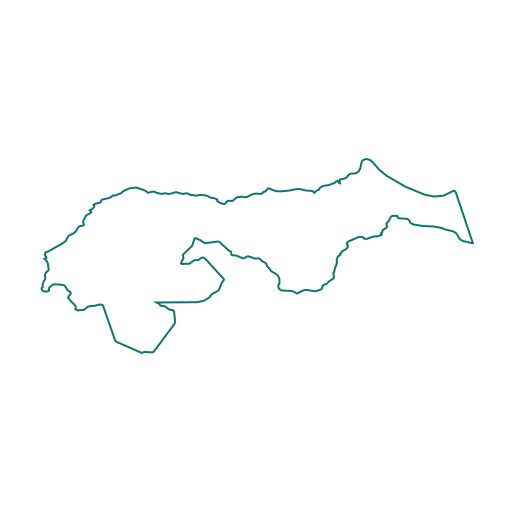 the border of Luapula, rotated 83°
{"feature_id": "ZMB-514", "entity_name": "Luapula", "entity_type": "Province", "adm_level": 1, "iso_a3": "ZMB", "parent_name": "Zambia", "parent_adm1": "", "projection": "equal_earth", "projection_center": [29.278, -10.414], "detail": "fine", "context": "isolated", "style": "outline", "palette": "teal", "viewbox_px": 512, "rotation_deg": 83, "n_neighbors": 0, "source": "natural_earth", "source_scale": "10m", "svg_char_len": 6136}
<svg xmlns="http://www.w3.org/2000/svg" viewBox="0 0 512 512"><g transform="rotate(83 256 256)"><path d="M191.5,163.9L190.5,163.4L190.1,162.0L190.0,158.8L189.6,157.6L189.1,156.5L187.2,154.6L186.2,153.4L185.8,151.8L186.1,148.3L185.9,146.3L184.3,143.6L181.5,141.7L177.7,140.6L174.3,138.9L173.0,135.0L174.6,131.0L177.9,128.1L185.1,123.5L192.5,116.3L205.6,99.0L215.7,81.1L218.7,71.9L219.0,62.5L215.7,53.0L215.4,51.0L217.4,49.9L269.7,39.2L269.1,41.5L266.7,47.7L265.6,49.9L264.5,51.3L263.4,52.2L261.0,53.0L258.0,54.5L257.3,55.0L256.2,56.5L255.2,58.2L253.0,64.3L252.2,66.2L251.3,67.3L250.8,68.1L248.3,76.3L246.6,86.6L244.0,95.5L243.6,96.5L242.2,98.4L241.5,98.9L239.1,99.8L238.1,100.6L237.6,101.4L235.8,110.0L235.6,110.4L235.2,110.6L233.8,110.7L233.6,111.0L233.0,113.5L232.9,115.7L233.3,116.9L233.7,117.4L234.8,118.3L237.0,119.7L237.7,120.2L239.5,122.3L240.2,122.7L240.9,122.7L242.0,122.2L242.5,122.2L243.4,122.8L243.8,123.1L244.7,124.8L245.3,126.2L245.8,127.0L246.2,127.3L247.5,127.7L247.8,128.0L248.6,129.2L248.9,129.3L250.3,128.7L250.6,129.1L250.7,129.8L250.8,131.0L251.3,132.6L251.4,133.3L251.0,136.5L251.1,137.6L252.5,144.0L252.2,145.7L251.8,146.7L251.4,147.0L250.6,147.4L250.3,147.7L250.1,148.2L249.8,151.4L249.8,152.1L250.2,154.0L250.9,155.7L252.5,161.8L253.3,163.2L254.6,164.4L255.0,164.4L256.6,163.6L258.0,163.8L258.8,164.2L260.2,165.9L261.5,169.3L262.0,170.0L262.9,170.7L263.8,171.9L265.0,172.2L265.4,172.6L266.2,174.4L266.6,175.0L267.1,175.2L268.0,175.5L269.5,176.4L269.9,176.5L271.2,176.2L274.6,177.3L275.4,177.7L276.8,178.7L279.3,179.8L281.2,180.2L282.1,181.2L282.4,181.4L283.8,181.2L285.7,181.4L286.6,181.2L287.4,181.4L287.9,182.1L289.0,184.4L289.9,186.2L290.9,187.7L291.9,188.6L292.4,190.1L292.7,191.8L293.0,192.7L293.4,193.2L295.9,194.3L296.2,194.5L296.8,195.2L297.2,196.1L298.1,199.9L298.3,200.8L297.8,203.2L295.8,210.1L295.7,211.5L296.0,213.3L297.3,217.4L298.1,219.2L298.2,219.6L298.2,220.1L296.1,222.7L295.2,224.6L294.9,225.7L293.6,233.6L293.3,234.7L292.9,235.5L291.6,236.8L290.5,237.5L289.6,237.6L288.0,237.4L286.4,236.4L285.1,235.9L281.5,235.6L279.3,236.1L277.7,237.0L277.1,237.6L275.9,238.9L273.4,242.2L272.8,242.8L270.6,244.1L267.7,246.0L265.2,246.8L264.2,247.4L263.5,248.1L262.1,250.3L259.0,252.9L258.8,253.3L258.6,254.1L258.4,257.5L258.1,258.5L257.8,259.1L257.2,259.7L255.5,263.5L255.4,265.0L255.9,266.2L256.8,267.9L256.9,268.4L256.5,269.7L253.3,275.3L252.8,276.9L252.4,279.4L252.0,280.0L251.6,280.3L249.5,280.1L249.0,280.2L248.5,280.5L248.0,281.6L247.1,282.5L237.6,290.6L237.1,291.2L237.0,292.0L237.1,304.4L237.0,305.1L236.7,305.6L233.2,309.8L231.7,312.3L230.9,314.1L231.0,314.6L231.6,315.1L237.6,317.9L238.4,318.5L245.5,327.9L245.8,328.2L246.7,328.5L248.9,328.2L249.3,328.3L253.5,331.1L254.3,331.2L254.7,331.0L255.0,329.9L255.1,327.1L255.5,324.5L255.5,323.1L253.4,319.2L253.1,318.5L252.8,317.4L252.7,316.3L252.9,314.2L252.8,313.5L251.3,310.5L250.9,308.8L251.8,307.5L253.0,306.3L274.8,290.9L275.4,290.7L275.9,290.8L277.5,292.4L280.1,294.3L283.9,296.1L285.4,297.3L285.8,297.8L286.2,298.5L288.3,304.1L288.8,304.9L290.8,306.7L291.8,307.9L294.1,313.2L294.3,315.0L294.6,320.6L290.0,360.5L290.5,359.9L291.3,358.1L293.6,356.9L294.0,356.3L294.1,355.2L294.4,354.0L294.8,352.8L295.3,351.9L298.0,349.4L298.9,347.9L299.3,345.6L299.9,344.7L300.4,344.4L301.5,344.1L311.3,344.3L312.6,344.7L313.9,345.6L338.4,369.0L338.9,370.0L339.0,370.5L339.0,371.3L338.9,371.8L338.5,372.7L338.4,374.9L337.8,377.2L337.7,378.5L337.7,379.1L338.3,380.5L338.3,381.2L324.7,404.1L323.6,405.4L322.3,406.2L288.9,413.4L288.5,413.6L286.4,413.9L285.6,415.1L285.1,416.7L285.3,418.6L285.8,422.0L285.5,426.8L285.8,428.6L286.4,430.1L288.0,432.3L288.5,433.7L288.5,434.9L288.1,437.7L288.5,438.7L288.3,439.5L287.7,440.5L287.2,441.1L287.2,440.9L283.8,441.3L282.1,442.1L279.4,444.6L275.3,447.1L274.0,447.5L273.1,446.9L271.7,445.0L270.7,444.5L269.6,444.5L268.9,444.9L267.8,446.3L266.2,447.6L262.8,449.1L261.6,450.3L261.1,451.6L260.1,455.8L259.8,458.3L259.5,459.2L259.4,460.1L259.7,460.9L262.1,464.9L263.3,465.5L264.5,465.6L265.4,466.2L265.8,468.1L265.5,470.1L264.8,471.6L263.6,472.6L262.1,472.8L261.5,472.5L260.9,471.6L260.4,471.3L258.3,471.3L256.2,470.3L252.9,467.9L252.3,467.8L249.2,467.7L248.3,467.5L247.5,467.1L246.5,466.0L245.1,463.9L244.3,463.4L237.9,463.5L236.0,464.2L234.4,465.1L233.0,466.3L232.2,464.2L230.9,464.5L229.6,465.4L228.4,465.3L227.6,464.7L227.0,464.7L226.7,464.4L226.3,462.0L219.9,446.4L217.9,443.1L213.2,439.6L212.5,438.4L212.1,436.4L211.3,434.4L210.2,432.6L209.2,431.5L206.5,429.5L205.4,428.3L204.9,426.8L204.7,423.8L204.0,423.0L201.2,423.5L199.6,422.9L195.7,420.1L194.7,419.1L193.3,415.1L192.2,414.1L190.4,415.5L190.1,414.5L189.2,412.4L188.1,411.1L187.4,410.5L186.6,410.4L185.5,411.1L184.7,409.5L184.0,404.3L183.1,403.2L181.8,402.7L181.2,401.4L180.4,394.1L180.1,393.0L179.0,391.6L178.5,390.6L178.7,390.2L178.8,389.1L177.4,382.8L177.0,381.8L175.8,380.3L175.2,379.2L174.3,376.0L173.9,375.2L173.5,373.6L173.4,367.9L173.6,366.0L177.6,358.1L177.9,357.7L180.1,355.5L179.5,351.6L179.8,349.3L180.6,347.7L181.3,346.6L182.8,342.5L182.7,339.0L182.8,337.8L183.6,335.9L183.8,334.9L183.8,333.6L182.9,327.9L183.0,326.9L184.1,324.8L185.1,322.2L185.4,321.1L185.5,320.0L185.3,317.8L185.4,316.7L185.9,315.7L187.3,313.8L187.8,311.6L188.5,309.5L188.7,308.3L188.7,303.6L189.1,301.1L189.8,298.6L190.8,296.4L192.2,294.5L192.7,293.5L193.3,291.2L194.5,288.6L194.8,288.0L195.3,287.7L196.3,287.8L196.8,287.7L197.9,286.5L199.1,284.8L200.1,282.9L200.5,280.7L200.1,280.0L198.3,278.2L197.8,277.1L198.4,273.6L198.4,272.4L196.4,269.5L195.4,267.6L195.4,266.1L195.7,265.1L195.1,263.5L195.9,261.6L196.2,260.3L196.3,259.0L196.2,257.7L195.6,255.6L194.9,254.0L194.3,252.1L194.0,249.4L194.3,247.2L194.7,245.5L194.9,243.8L194.5,241.8L193.5,241.0L193.3,240.4L193.0,238.8L190.3,235.7L191.0,233.8L192.9,230.8L194.2,227.5L194.9,223.3L195.1,214.9L194.5,207.2L194.8,204.9L197.2,198.0L198.0,193.4L198.8,191.5L200.2,190.8L200.4,190.3L198.3,187.5L198.1,185.9L197.6,185.3L196.9,185.0L196.1,184.2L195.1,182.2L194.6,180.0L194.5,175.1L194.3,173.9L193.6,171.7L193.1,169.3L191.6,167.0L191.3,166.0L191.7,165.4L193.5,164.7L194.0,163.8L191.5,163.9Z" fill="none" stroke="#0f766e" stroke-width="2"/></g></svg>